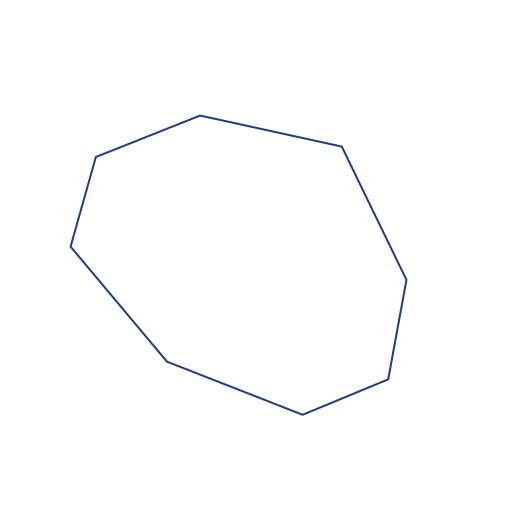 outline of Mauke, rotated 319°
{"feature_id": "COK-4955", "entity_name": "Mauke", "entity_type": "state/province", "adm_level": 1, "iso_a3": "COK", "parent_name": "Cook Islands", "parent_adm1": "", "projection": "robinson", "projection_center": [-157.33, -20.158], "detail": "fine", "context": "isolated", "style": "outline", "palette": "blue", "viewbox_px": 512, "rotation_deg": 319, "n_neighbors": 0, "source": "natural_earth", "source_scale": "10m", "svg_char_len": 273}
<svg xmlns="http://www.w3.org/2000/svg" viewBox="0 0 512 512"><g transform="rotate(319 256 256)"><path d="M392.5,229.7L353.9,372.7L274.9,435.8L187.0,406.4L119.5,277.4L122.2,127.3L200.1,76.2L305.9,113.3L392.5,229.7Z" fill="none" stroke="#1e3a8a" stroke-width="2"/></g></svg>